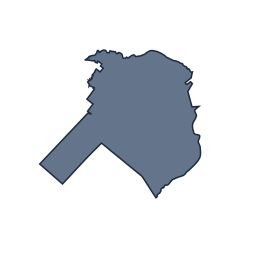 Jiménez, Coahuila, Mexico (orthographic projection), rotated 307°
{"feature_id": "50627088B62617687912347", "entity_name": "Jiménez", "entity_type": "district", "adm_level": 2, "iso_a3": "MEX", "parent_name": "Mexico", "parent_adm1": "Coahuila", "projection": "orthographic", "projection_center": [-100.845, 29.005], "detail": "fine", "context": "isolated", "style": "filled", "palette": "slate", "viewbox_px": 256, "rotation_deg": 307, "n_neighbors": 0, "source": "geoboundaries", "source_scale": "gbopen_adm2", "svg_char_len": 5200}
<svg xmlns="http://www.w3.org/2000/svg" viewBox="0 0 256 256"><g transform="rotate(307 128 128)"><path d="M187.9,171.6L183.4,166.4L185.5,163.7L192.5,154.7L193.2,153.8L202.2,152.7L202.6,150.1L198.6,148.9L197.9,147.6L198.8,146.4L206.1,148.3L207.0,147.8L211.5,145.7L210.9,145.3L210.7,145.1L210.6,144.8L210.7,144.3L210.7,144.0L210.9,143.6L211.2,142.6L211.3,142.4L211.5,142.2L211.7,141.7L211.8,141.4L211.8,141.2L211.7,140.7L211.6,140.4L211.5,140.1L211.4,140.1L211.2,140.1L210.9,140.0L210.9,139.8L210.9,139.6L211.0,139.4L211.1,139.2L211.5,138.9L211.8,138.7L211.9,138.4L211.9,138.0L211.9,137.6L211.8,137.2L211.6,136.8L211.4,136.2L211.4,135.5L211.4,134.1L211.4,133.8L211.5,133.7L212.0,133.2L212.1,132.8L211.9,132.2L211.8,131.8L211.7,131.7L211.2,130.7L211.3,130.1L211.4,129.7L211.3,129.4L211.0,128.1L210.8,127.2L210.3,125.8L210.0,125.1L209.5,124.5L209.0,122.6L208.6,120.7L208.3,119.1L207.8,116.7L207.8,116.2L207.7,115.6L207.9,113.7L207.8,111.9L207.5,109.0L206.9,106.6L206.5,104.8L205.7,103.6L205.5,102.9L205.3,102.1L204.7,101.2L204.0,100.2L203.5,99.6L202.7,99.0L201.1,98.2L199.3,97.5L199.2,97.4L198.4,97.3L197.0,97.0L196.9,96.9L195.8,96.2L194.7,95.5L193.1,94.6L192.7,94.3L192.4,93.9L191.7,93.1L191.4,92.8L190.7,92.2L190.3,91.8L189.9,91.4L189.7,91.0L189.7,90.9L189.6,90.7L189.7,90.4L189.8,90.1L190.0,89.9L190.1,89.4L190.1,89.1L189.6,88.4L189.3,88.1L188.7,87.7L187.9,87.2L187.4,87.1L186.9,87.0L186.4,86.9L186.2,86.8L185.7,86.5L185.1,86.3L184.8,86.5L184.7,86.5L184.4,86.2L184.1,86.0L183.8,85.7L183.8,84.5L183.8,84.3L183.7,84.2L183.4,84.0L183.2,84.0L182.8,84.1L182.6,84.1L182.3,83.9L182.2,83.9L182.0,83.7L181.6,83.4L181.5,83.2L181.3,82.7L181.2,82.5L181.1,82.4L180.8,82.2L180.9,81.9L181.0,81.6L182.2,80.3L182.8,79.5L183.1,78.8L183.3,78.5L183.3,78.0L183.3,77.4L183.3,77.0L183.1,76.5L183.0,75.9L182.6,75.1L182.4,74.9L182.2,74.9L181.5,74.8L181.4,74.8L181.1,74.9L180.9,74.9L180.7,74.6L180.6,74.3L180.6,74.0L180.7,73.5L180.9,72.8L181.0,72.5L181.1,72.2L181.3,71.9L180.9,71.5L180.8,71.3L180.7,71.2L180.5,70.7L180.2,70.0L180.1,69.8L179.9,69.6L179.6,69.4L179.4,69.2L179.5,69.0L179.5,68.9L179.2,68.3L179.1,67.8L178.8,67.4L178.6,67.1L178.3,67.1L178.1,67.2L177.1,67.7L176.9,67.7L176.7,67.5L176.5,67.4L176.2,67.1L176.1,66.8L175.9,66.4L175.8,66.2L175.8,65.7L175.8,65.4L175.8,65.1L176.1,64.6L176.3,64.1L176.4,63.6L176.4,63.2L176.3,62.7L176.0,62.3L175.7,61.9L175.3,61.4L174.8,61.1L174.2,60.7L173.7,60.5L173.2,60.3L172.8,60.1L172.3,60.0L172.0,60.0L171.5,60.1L171.3,60.1L171.2,60.0L171.1,59.9L171.1,59.5L171.2,59.3L171.4,59.1L171.6,58.8L171.8,58.3L171.9,58.1L172.0,57.9L172.0,57.7L171.9,57.5L171.8,57.3L171.6,57.1L171.3,57.1L170.9,57.1L170.7,57.1L170.3,57.3L169.9,57.6L169.5,57.8L169.2,57.9L168.9,57.9L168.0,57.7L167.9,57.7L167.6,57.8L167.4,57.9L167.1,57.9L166.7,57.8L166.3,57.7L165.4,57.1L165.2,56.8L165.1,56.6L164.9,56.3L164.7,56.1L164.4,55.9L164.2,55.8L163.8,55.4L163.6,55.2L163.4,55.0L163.1,55.0L162.9,55.1L162.7,55.1L162.4,55.0L162.3,54.9L162.3,54.7L162.2,54.3L162.1,54.1L161.9,54.0L161.7,53.9L161.2,53.9L161.0,54.0L160.9,53.9L160.7,53.9L160.3,53.8L160.0,53.9L160.0,54.0L159.9,53.9L159.1,53.7L157.2,53.0L156.7,52.8L156.2,52.5L156.1,52.4L156.2,52.5L156.4,52.7L156.9,53.0L156.9,53.5L157.8,54.5L159.3,57.3L160.5,59.6L161.6,60.6L161.2,61.8L160.9,61.9L160.9,63.0L161.2,63.0L161.2,63.5L161.4,64.3L162.1,64.2L162.4,64.0L163.1,63.6L163.4,64.0L163.4,68.5L160.9,68.8L160.9,72.2L158.1,72.0L156.0,72.0L156.0,67.1L153.1,67.4L152.6,67.7L150.7,67.7L150.0,67.6L148.6,67.6L148.7,68.5L146.2,68.4L146.2,69.3L144.2,69.3L144.2,68.0L143.6,68.4L142.7,68.9L142.5,68.3L142.4,67.9L142.3,68.1L140.5,68.1L140.2,68.8L140.1,69.2L139.9,69.5L139.7,69.8L139.7,70.1L139.6,70.4L139.7,70.7L138.2,71.6L138.4,71.6L138.5,71.7L138.4,71.8L138.5,71.8L139.8,76.5L138.7,76.4L138.8,77.8L126.3,77.8L126.1,84.0L126.1,85.6L117.1,85.6L117.0,90.6L115.8,87.0L105.9,85.9L81.8,83.2L71.3,82.0L46.1,79.2L43.9,109.4L47.3,109.7L49.7,110.0L66.5,111.7L69.1,112.0L77.6,112.9L85.9,113.9L100.0,115.9L99.9,118.6L99.6,125.4L99.4,129.3L99.3,132.9L98.6,149.4L98.3,156.7L97.9,167.2L97.7,168.7L95.8,174.1L95.0,176.2L91.7,185.1L89.1,192.3L89.6,192.5L90.9,192.6L91.2,192.6L91.6,191.8L91.9,191.6L92.3,191.5L92.7,191.5L93.2,191.7L93.8,192.1L94.8,192.3L95.3,192.5L95.8,192.4L96.2,192.4L96.5,192.3L96.9,192.3L97.3,192.2L97.7,192.0L98.0,191.8L98.4,191.5L98.9,191.2L99.1,191.2L99.4,191.2L99.9,191.2L100.7,191.4L101.1,191.6L101.1,191.9L101.2,192.1L101.4,192.2L101.7,192.4L101.9,192.4L102.1,192.3L102.4,192.2L102.7,192.2L103.3,192.1L103.7,191.9L104.1,191.8L104.5,192.2L104.9,192.5L105.2,192.6L105.4,192.8L105.8,193.5L106.0,193.7L106.4,193.9L107.3,194.2L108.4,194.3L109.6,194.3L109.8,194.3L110.7,194.3L111.2,194.5L112.3,194.4L113.1,194.5L114.3,195.0L115.3,195.7L116.0,195.9L117.8,197.0L119.9,198.3L121.4,199.4L123.0,200.5L125.1,201.3L126.2,201.2L128.6,201.4L132.1,202.3L133.7,202.5L137.5,203.1L141.2,203.5L144.5,203.6L148.1,203.0L150.6,201.8L153.4,199.6L156.7,196.6L158.1,194.3L158.6,193.3L159.1,192.5L160.9,191.6L163.3,191.0L164.9,190.1L165.1,189.0L164.1,186.7L163.3,185.4L163.5,183.7L164.7,182.3L166.1,180.4L168.3,178.3L170.8,176.9L172.8,176.6L175.9,176.2L178.2,175.6L179.5,174.9L180.6,172.9L181.6,171.1L183.1,170.5L185.0,170.9L187.9,171.6Z" fill="#64748b" stroke="#1e293b" stroke-width="1.5"/></g></svg>